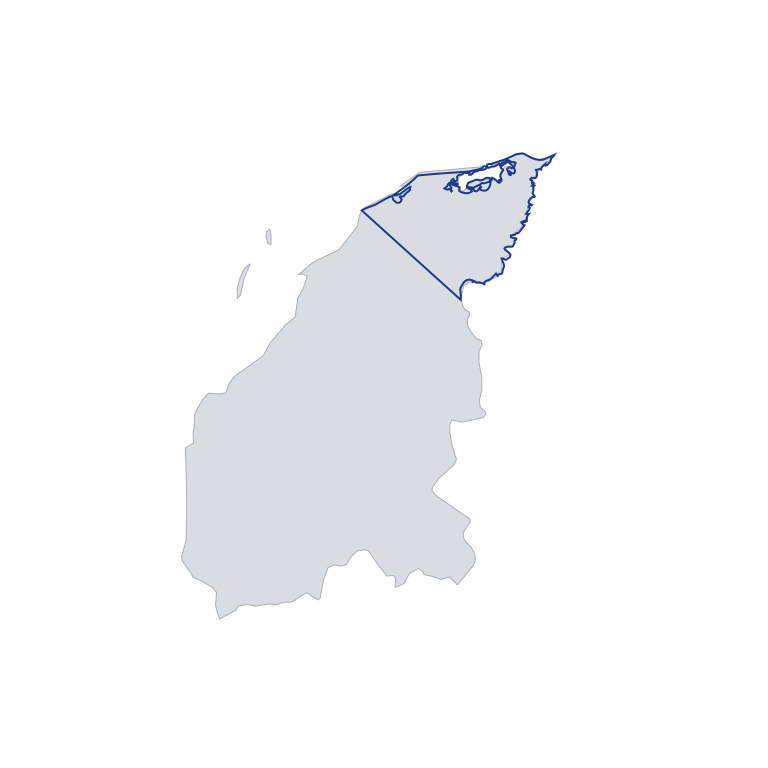 location of Gracias a Dios within Honduras, rotated 312°
{"feature_id": "HND-640", "entity_name": "Gracias a Dios", "entity_type": "Department", "adm_level": 1, "iso_a3": "HND", "parent_name": "Honduras", "parent_adm1": "", "projection": "natural_earth1", "projection_center": [-83.951, 15.304], "detail": "fine", "context": "in_parent", "style": "outline", "palette": "blue", "viewbox_px": 768, "rotation_deg": 312, "n_neighbors": 0, "source": "natural_earth", "source_scale": "10m", "svg_char_len": 7837}
<svg xmlns="http://www.w3.org/2000/svg" viewBox="0 0 768 768"><g transform="rotate(312 384 384)"><path d="M666.0,357.7L642.5,356.1L631.4,359.4L626.6,366.8L622.4,370.2L618.9,369.4L611.9,372.3L601.3,378.9L591.7,381.4L583.2,379.8L580.7,381.5L580.0,383.6L578.7,385.7L575.4,386.9L571.6,386.3L567.3,383.9L565.1,384.9L564.8,389.2L562.5,390.4L558.1,388.4L553.2,389.9L547.8,395.1L540.1,396.2L530.2,393.2L522.6,387.6L517.1,379.4L510.6,377.3L499.2,383.4L494.5,390.6L493.4,395.0L494.5,398.9L492.5,401.6L487.2,402.9L483.1,407.7L480.4,416.1L479.8,422.6L481.4,427.2L478.8,430.6L471.9,432.7L463.7,440.0L454.2,452.3L444.8,460.9L435.5,465.8L431.0,471.2L431.3,477.2L430.7,479.0L428.9,479.7L425.9,480.5L407.9,467.6L402.8,458.5L398.3,459.9L392.6,464.5L384.6,474.7L376.1,488.5L371.9,490.0L350.6,488.0L339.3,489.2L337.0,491.1L335.9,496.1L336.6,502.9L339.6,527.3L341.3,537.3L339.6,540.4L333.8,540.9L326.4,542.3L322.3,546.9L321.3,551.7L320.9,558.3L318.5,565.1L313.9,570.0L309.3,571.7L283.9,573.0L284.3,561.8L277.0,557.2L272.9,547.8L269.2,541.4L270.5,537.6L270.1,533.1L259.8,529.6L250.1,532.3L244.5,530.6L240.4,528.2L247.5,522.6L248.0,519.2L245.7,516.7L243.4,515.1L244.2,508.8L245.6,501.3L249.6,483.9L248.2,480.9L241.7,475.7L233.5,475.1L224.5,476.8L220.1,474.1L216.3,468.1L209.9,465.3L198.4,470.0L186.3,477.2L182.6,479.8L179.5,479.5L178.2,474.1L177.6,467.7L176.9,466.2L170.4,463.9L162.9,462.3L159.1,460.5L155.5,456.2L146.5,450.6L144.5,446.4L132.5,436.9L130.1,432.2L127.3,428.7L121.6,424.3L117.0,425.4L101.8,419.9L99.5,419.4L101.7,414.6L106.5,407.2L117.1,399.0L118.0,392.3L115.3,379.6L112.6,371.3L114.1,367.6L117.5,352.7L120.0,349.2L135.2,341.7L136.6,340.6L148.7,330.1L162.0,318.4L175.9,305.5L191.3,291.0L199.9,282.6L203.8,279.0L212.6,282.0L219.7,275.1L223.7,272.8L233.2,264.7L236.1,262.9L251.9,259.5L259.5,259.6L266.1,267.9L271.4,272.4L281.4,268.5L289.7,267.7L324.2,275.4L337.9,272.0L363.1,271.2L374.4,273.2L390.4,262.3L400.7,260.1L412.8,254.9L411.2,249.7L408.3,247.4L426.6,249.7L454.0,260.7L483.1,258.7L493.7,252.7L500.5,251.0L530.3,262.4L538.2,271.1L544.3,272.0L549.1,270.0L550.4,268.2L544.5,266.3L541.8,263.6L565.3,268.9L609.6,310.2L610.6,313.6L591.6,301.4L581.6,302.3L579.0,304.3L579.6,310.9L580.5,314.1L584.8,314.4L588.0,312.6L595.8,314.8L601.0,319.2L607.3,326.0L611.0,333.4L615.1,333.5L619.1,329.1L626.6,328.5L631.5,333.5L635.0,333.2L630.1,325.5L618.7,317.9L621.4,317.5L646.7,331.3L653.9,348.5L659.8,352.4L666.0,357.7ZM368.8,209.5L354.2,217.8L349.6,217.7L356.4,211.2L367.2,205.7L376.3,203.0L383.8,204.1L368.8,209.5ZM418.8,200.6L411.9,206.8L410.6,204.0L414.0,198.2L418.2,195.0L422.2,195.3L421.3,197.8L418.8,200.6Z" fill="#d9dde1" stroke="#a8b0b8" stroke-width="1"/><path d="M499.3,383.5L497.9,384.6L497.9,359.0L497.9,349.6L498.1,251.3L502.5,253.0L511.3,257.5L522.3,261.2L527.5,263.2L528.8,264.3L528.3,265.7L527.1,267.6L527.1,269.3L527.1,272.0L529.0,274.1L530.8,274.4L533.1,273.6L533.4,271.4L533.6,270.4L534.5,270.5L535.1,271.8L536.7,273.1L539.0,272.7L541.2,273.0L545.7,273.6L546.5,272.5L547.9,271.8L546.0,270.9L543.7,270.3L536.5,268.9L533.8,267.6L531.5,266.3L530.7,264.6L534.3,265.5L546.9,268.2L555.1,269.1L560.5,269.5L562.3,270.2L567.3,274.9L573.9,281.0L583.9,290.6L593.5,299.9L598.8,305.0L605.8,309.9L607.5,311.0L609.1,311.9L612.4,312.5L613.2,313.0L613.8,314.0L613.8,314.8L613.2,315.4L611.9,315.6L610.3,314.9L606.8,311.8L604.3,310.8L602.5,309.4L601.7,308.9L598.9,308.9L597.7,308.6L596.6,307.4L597.1,307.2L597.4,306.9L597.9,306.7L597.1,305.4L594.1,301.6L593.5,301.6L592.5,302.1L591.2,301.3L590.0,300.1L588.8,299.4L586.9,299.7L586.1,300.4L585.4,301.3L584.1,302.3L583.6,301.8L581.0,300.8L582.2,299.7L582.7,299.0L582.9,298.3L582.5,298.1L581.5,297.9L580.4,297.8L579.7,298.0L579.5,299.1L580.0,301.0L581.1,302.9L582.3,304.5L582.0,304.7L581.9,304.8L581.6,305.3L581.0,305.3L578.3,299.3L577.3,298.0L576.2,297.8L575.0,298.0L573.5,298.6L572.4,298.6L570.8,298.1L569.8,298.0L570.5,300.4L571.0,301.2L572.7,301.9L572.7,302.8L572.4,304.0L572.2,305.3L572.9,305.3L573.2,303.6L575.0,302.7L575.8,299.7L576.7,299.4L577.5,300.0L578.7,303.5L580.2,306.3L580.8,308.7L578.8,309.7L577.8,310.9L578.5,313.6L580.1,316.6L581.6,318.4L584.0,319.9L585.9,320.4L586.8,319.4L585.9,316.2L587.2,317.3L588.2,318.8L588.7,320.4L587.9,322.1L589.2,323.9L590.9,324.2L595.4,323.6L595.4,324.3L594.5,324.3L593.9,324.5L592.9,325.1L592.9,325.7L593.7,327.6L594.8,329.2L596.3,330.4L598.2,330.9L599.9,330.7L602.0,330.1L604.0,329.1L605.4,328.0L604.3,326.7L600.4,324.3L599.7,323.6L599.4,322.9L599.0,322.4L598.2,322.1L597.2,322.1L590.2,319.3L589.1,318.4L587.0,315.0L585.9,314.0L586.7,313.2L587.6,312.7L589.7,311.9L597.8,315.9L599.1,318.1L599.6,319.2L600.9,320.3L602.4,321.1L605.0,321.7L606.1,322.5L607.1,323.7L607.8,325.1L607.2,325.5L606.5,326.3L606.0,326.5L606.0,327.2L607.5,327.6L608.7,326.5L609.7,326.4L610.4,329.5L610.2,333.5L610.4,334.6L611.1,335.3L611.8,335.3L612.2,334.5L612.2,333.1L612.9,333.1L613.7,335.2L614.5,334.7L616.0,331.6L617.4,330.6L619.3,330.0L622.6,329.5L623.0,329.0L622.8,326.6L622.9,325.7L623.5,325.3L624.1,325.3L624.8,325.6L630.7,326.9L632.2,326.5L632.2,327.2L631.7,327.8L631.8,328.3L632.1,328.7L632.2,329.5L632.2,332.7L631.8,334.4L630.7,335.0L629.7,334.6L629.2,332.7L628.9,332.2L628.1,331.8L627.1,331.6L626.3,331.6L625.8,332.0L625.3,333.0L624.7,334.6L624.3,335.1L623.9,335.5L623.6,336.0L623.5,337.1L623.7,338.1L624.2,338.3L624.8,338.0L625.3,337.5L624.9,336.6L624.8,335.9L625.0,335.3L625.3,334.6L626.0,334.6L626.2,337.2L626.8,339.1L628.0,339.8L629.8,339.0L630.3,338.3L631.1,336.8L631.6,336.1L632.3,335.6L636.4,333.9L636.4,333.5L636.0,332.4L635.6,331.7L635.1,331.2L634.6,330.6L634.2,329.5L633.9,328.0L633.2,326.0L632.1,324.8L630.4,325.7L627.7,323.9L626.3,323.6L624.7,324.3L624.1,323.6L624.4,323.2L624.7,322.1L623.2,321.9L619.3,320.3L618.5,319.6L617.5,318.4L615.6,317.7L614.2,316.7L614.8,314.8L616.2,313.9L617.7,314.8L619.0,316.2L620.0,317.0L621.0,317.3L630.9,323.2L643.2,328.5L647.9,332.4L648.9,334.4L650.4,341.3L652.0,345.6L654.5,349.6L657.2,352.2L668.5,357.3L667.3,357.5L664.2,357.3L662.9,357.6L660.5,358.8L656.5,358.8L656.1,358.8L655.0,358.3L654.3,357.8L654.4,357.2L655.5,356.6L651.5,356.1L649.9,356.3L648.5,357.3L648.0,355.9L647.1,355.2L645.9,354.7L644.8,353.6L643.9,355.5L642.5,357.3L640.6,358.5L638.5,358.8L637.7,358.3L636.6,356.4L636.1,355.8L634.9,355.6L634.0,355.7L633.6,356.3L634.3,357.3L633.8,358.0L633.6,358.7L633.6,360.3L632.7,359.3L632.2,359.8L632.1,361.0L632.3,362.5L631.8,362.2L630.5,361.7L630.7,362.1L630.9,362.8L631.1,363.2L629.8,363.7L627.5,365.7L625.3,366.7L624.8,367.8L624.6,369.3L624.2,370.6L623.6,370.6L622.8,369.5L621.1,368.9L619.1,368.8L617.3,369.0L615.6,370.0L615.2,371.2L616.1,374.2L615.4,374.2L615.1,373.3L614.4,372.8L613.4,372.7L612.3,372.8L612.5,374.4L610.6,375.3L605.5,375.6L606.1,376.9L606.6,377.4L607.3,377.9L605.6,378.0L603.8,378.6L602.2,379.7L601.1,380.8L600.5,380.0L600.2,379.8L599.9,379.7L599.2,379.3L599.7,380.3L599.8,380.8L598.6,380.4L597.1,378.7L596.0,377.9L595.6,380.4L595.6,381.4L596.0,382.3L587.0,382.8L585.4,382.6L585.3,381.8L584.8,381.5L583.3,381.5L582.3,381.4L582.0,381.0L581.7,380.5L579.6,379.0L579.0,379.1L578.0,380.0L579.0,382.5L579.7,383.5L580.5,384.4L580.5,385.2L579.8,385.6L579.4,385.6L579.0,385.3L578.2,385.2L577.4,385.4L576.9,385.8L576.6,386.3L576.0,386.7L573.8,387.4L572.5,387.6L571.4,387.0L569.2,384.4L568.5,383.7L567.7,383.2L566.4,382.7L565.3,382.8L564.8,384.1L565.2,389.1L564.8,391.4L562.9,392.6L561.9,392.5L559.7,391.9L558.3,391.8L557.6,391.2L556.9,388.4L556.0,387.4L554.8,389.4L553.6,392.1L551.9,394.5L548.5,395.8L546.1,397.3L545.1,397.7L543.7,397.2L542.7,396.3L541.8,395.6L540.4,396.1L540.7,394.0L541.0,393.3L534.4,393.1L532.3,392.6L528.8,390.8L527.0,390.6L525.3,391.8L524.0,388.1L523.0,386.3L521.1,384.9L521.2,383.4L521.0,382.2L519.2,381.9L519.2,381.7L519.9,380.6L520.2,380.3L518.9,377.8L516.9,376.1L514.5,375.3L512.1,375.4L506.6,376.5L505.1,377.5L501.0,382.1L499.3,383.5Z" fill="none" stroke="#1e3a8a" stroke-width="2"/></g></svg>